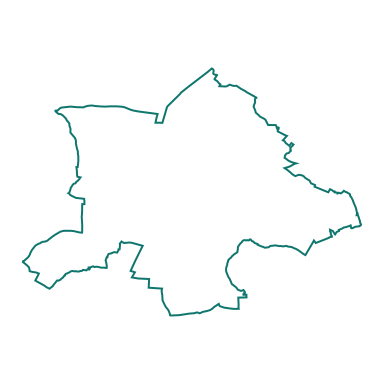 Cehu Silvaniei, Salaj, Romania (Equal Earth projection)
{"feature_id": "2599482B99939259002313", "entity_name": "Cehu Silvaniei", "entity_type": "district", "adm_level": 2, "iso_a3": "ROU", "parent_name": "Romania", "parent_adm1": "Salaj", "projection": "equal_earth", "projection_center": [23.166, 47.411], "detail": "fine", "context": "isolated", "style": "outline", "palette": "teal", "viewbox_px": 384, "rotation_deg": 0, "n_neighbors": 0, "source": "geoboundaries", "source_scale": "gbopen_adm2", "svg_char_len": 5906}
<svg xmlns="http://www.w3.org/2000/svg" viewBox="0 0 384 384"><path d="M305.4,255.1L313.1,242.1L313.9,240.5L315.8,243.0L328.0,238.2L328.9,237.8L329.4,237.3L331.9,236.7L331.8,235.8L330.9,234.6L330.8,233.8L330.9,233.3L330.8,232.7L330.1,231.6L330.0,230.8L330.2,230.3L330.1,229.8L332.8,231.0L333.1,231.4L334.9,234.4L335.1,234.5L335.7,233.3L336.1,232.9L336.6,232.1L337.5,231.6L339.0,231.0L338.8,229.9L342.7,228.3L343.4,227.6L346.4,227.0L348.1,226.3L349.1,226.2L350.6,225.4L351.3,228.2L352.2,228.2L352.9,228.0L354.5,227.1L356.0,226.6L356.8,226.6L359.5,226.2L359.6,225.8L360.6,225.4L360.9,225.1L361.0,224.9L360.8,224.0L360.1,222.6L360.0,221.4L358.3,216.1L357.9,215.1L356.6,215.2L356.7,214.5L357.6,213.3L357.4,212.9L356.9,212.9L356.4,209.8L355.7,207.4L353.5,202.3L352.8,200.2L351.2,197.1L350.2,196.0L350.0,194.4L349.6,193.9L347.5,192.8L346.8,192.2L345.7,192.0L343.9,190.8L342.1,192.6L340.7,193.4L338.5,192.7L338.3,192.8L337.9,193.4L337.4,193.5L337.2,192.8L337.0,192.6L334.7,192.4L334.5,192.2L334.9,191.8L334.8,191.5L333.1,191.1L332.2,190.3L330.0,189.2L328.3,192.3L314.6,186.7L315.1,185.1L311.0,183.3L309.6,180.7L309.0,180.2L307.0,179.1L304.8,177.5L303.9,176.4L302.2,175.4L299.0,174.8L295.2,176.1L292.1,174.1L291.3,173.2L287.3,169.9L284.6,168.1L289.8,166.5L294.4,163.9L296.1,163.4L291.8,162.2L289.8,161.3L288.5,160.7L286.0,158.7L284.6,157.9L284.8,156.5L285.2,155.2L286.0,154.2L286.7,153.5L288.7,153.0L290.0,151.5L290.6,151.2L290.9,150.2L290.4,149.7L290.5,148.3L290.3,147.8L292.6,145.7L293.5,144.6L291.4,143.1L289.3,145.8L285.7,143.0L284.6,141.2L282.9,140.3L286.9,135.9L285.1,135.2L277.7,131.4L277.8,130.3L278.4,129.3L278.8,127.9L278.4,127.5L277.0,128.3L276.5,126.5L275.8,125.1L268.1,125.0L265.4,119.7L264.2,118.8L260.2,116.7L258.2,114.7L255.8,112.7L255.3,110.7L253.6,106.6L254.5,103.8L255.1,102.6L254.9,99.9L255.0,99.3L255.2,98.6L256.4,97.8L256.2,97.5L246.5,92.1L245.5,91.2L241.1,88.9L236.5,85.8L233.4,85.9L229.6,84.7L227.1,86.1L225.8,86.5L219.4,86.2L220.1,84.5L220.3,84.3L218.7,83.0L217.3,81.2L214.6,79.4L214.6,78.7L215.5,77.6L217.0,75.1L216.4,74.8L214.9,74.7L213.9,74.2L213.3,73.7L213.3,72.9L213.7,70.4L213.0,69.3L211.8,68.5L207.5,72.1L188.2,86.9L180.8,92.8L180.2,93.8L167.4,106.4L166.8,107.8L162.4,122.8L155.5,122.7L156.7,117.0L157.6,114.0L137.9,111.4L132.8,110.4L130.3,109.6L124.7,107.3L121.6,106.7L116.0,106.3L111.1,106.3L105.2,106.6L101.7,106.5L95.0,106.0L92.0,105.5L88.1,105.8L84.8,106.7L83.7,107.3L82.3,107.3L77.3,107.2L70.3,106.6L61.3,107.6L59.9,108.4L57.2,110.8L56.2,110.5L55.5,110.7L55.5,111.1L56.2,111.4L55.9,111.7L58.2,113.7L58.8,114.0L60.7,114.1L62.7,115.3L65.9,118.5L66.9,120.5L69.0,122.9L69.3,123.5L69.5,126.0L70.5,128.7L70.4,132.6L74.9,137.9L75.7,139.9L76.0,141.7L75.9,143.6L77.0,148.7L77.8,151.2L77.9,153.9L78.3,155.9L78.3,161.4L77.7,167.0L76.4,167.1L76.8,169.9L77.1,175.4L77.4,176.7L80.4,177.4L79.9,177.9L79.6,178.8L77.7,180.8L76.3,181.9L75.6,183.1L75.2,183.4L73.7,183.8L72.8,184.7L70.6,188.2L70.4,189.6L69.2,192.9L68.6,193.2L69.0,193.4L69.9,194.6L71.6,195.8L76.0,197.9L84.1,198.8L84.4,200.6L84.4,204.1L82.2,204.1L82.1,212.1L81.7,217.3L81.9,219.0L82.2,224.7L82.2,231.1L82.1,232.6L79.9,232.5L73.7,231.1L70.8,230.8L63.6,230.8L60.3,231.7L54.4,235.2L53.4,236.0L51.7,237.1L50.8,238.0L49.0,239.2L47.5,240.6L45.4,241.5L42.8,241.8L41.5,242.3L40.0,243.3L38.5,243.8L35.5,245.5L32.0,249.9L30.4,252.8L30.2,253.6L29.2,255.9L28.6,256.4L28.3,257.1L23.8,261.1L23.2,261.1L23.0,262.2L24.5,263.2L27.7,266.0L29.0,267.5L29.2,268.0L29.7,271.2L32.3,271.9L36.2,272.5L38.8,273.5L38.4,274.6L35.3,280.6L44.2,285.5L46.5,287.2L49.5,288.7L52.8,286.1L52.9,285.7L57.1,280.5L58.5,280.6L60.6,279.6L60.8,279.2L61.4,278.7L63.4,277.2L63.6,276.5L64.1,275.9L65.0,275.5L64.9,274.9L65.9,273.8L67.3,273.4L68.0,272.9L69.6,272.3L70.5,271.5L71.6,271.1L72.8,271.0L74.6,271.4L75.9,271.2L77.7,271.6L79.5,271.4L79.8,271.2L82.0,270.8L82.3,270.6L82.7,270.1L83.2,269.9L85.9,270.3L86.6,270.3L87.3,269.4L87.8,269.1L89.1,269.6L89.4,269.4L89.7,268.9L89.0,268.5L88.7,267.5L90.9,267.2L92.4,266.5L93.4,266.4L94.3,267.0L96.2,266.8L97.9,266.8L99.9,267.4L102.0,267.7L104.5,267.7L106.3,268.0L106.7,267.9L106.8,267.2L106.6,264.7L105.9,261.0L105.6,260.5L105.9,259.4L106.5,258.4L106.5,257.4L106.8,257.1L107.3,257.1L107.3,256.8L107.6,256.6L107.6,255.9L108.0,255.0L108.4,254.2L108.7,253.9L111.1,253.4L114.2,252.1L117.1,252.6L118.5,250.2L118.5,249.4L119.6,249.3L120.0,244.7L119.8,243.6L120.9,242.4L121.5,241.5L123.9,243.0L129.6,242.5L131.8,242.8L142.7,245.8L135.6,260.1L130.6,270.9L134.9,272.3L131.9,277.4L138.3,278.5L149.1,279.0L148.7,287.7L162.1,288.6L161.6,290.9L162.3,295.4L162.5,300.0L163.7,302.9L165.8,307.0L167.5,309.0L168.6,310.6L169.8,313.7L170.0,315.1L170.5,315.5L178.8,315.2L189.3,313.6L194.4,313.2L196.9,312.4L197.9,312.6L199.7,313.3L203.0,311.8L205.8,311.3L210.1,310.1L212.4,308.6L214.4,306.8L218.8,303.9L219.4,305.6L220.0,306.2L224.1,307.6L230.2,308.5L233.9,308.9L238.7,308.8L238.5,307.2L238.6,305.0L238.3,297.6L246.5,297.4L246.4,294.7L243.5,294.8L243.5,294.2L244.2,294.2L244.1,293.3L244.8,293.2L244.9,292.0L243.4,290.0L241.8,290.7L240.9,290.9L237.7,289.6L237.1,288.5L235.5,286.8L231.8,284.0L229.8,279.1L228.6,277.3L227.5,275.0L227.1,273.5L226.6,272.8L226.2,271.3L226.0,269.3L226.5,266.7L227.1,265.3L227.3,263.7L227.6,262.5L228.0,261.7L228.0,261.1L228.4,260.0L229.4,258.9L231.0,257.6L232.0,256.2L232.7,255.7L234.2,254.2L236.3,253.0L237.3,252.2L237.5,251.8L237.4,250.9L237.8,249.9L237.9,247.3L238.4,246.1L240.5,243.3L241.5,242.5L242.5,241.1L243.4,240.4L244.6,240.1L246.4,240.4L247.3,240.1L248.2,240.4L249.0,240.3L249.3,240.1L249.5,239.6L250.1,239.4L250.7,239.5L252.0,241.2L253.1,241.4L254.7,243.0L257.7,244.1L257.6,244.7L261.3,246.4L263.3,246.9L264.5,247.6L265.1,247.7L268.2,247.3L268.7,247.2L269.9,246.2L270.9,245.9L275.6,245.4L279.3,246.1L280.6,246.0L282.9,246.4L286.6,245.9L287.2,246.3L288.5,246.7L289.9,246.7L291.0,247.1L292.3,247.2L293.9,248.2L295.8,248.8L298.4,250.3L303.6,254.1L305.4,255.1Z" fill="none" stroke="#0f766e" stroke-width="2"/></svg>